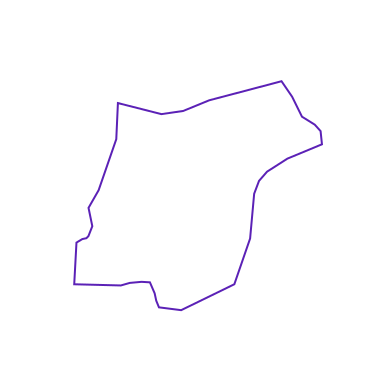 map outline of Mislinja (Natural Earth projection), rotated 341°
{"feature_id": "SVN-971", "entity_name": "Mislinja", "entity_type": "Municipality", "adm_level": 1, "iso_a3": "SVN", "parent_name": "Slovenia", "parent_adm1": "", "projection": "natural_earth1", "projection_center": [15.22, 46.45], "detail": "fine", "context": "isolated", "style": "outline", "palette": "violet", "viewbox_px": 384, "rotation_deg": 341, "n_neighbors": 0, "source": "natural_earth", "source_scale": "10m", "svg_char_len": 565}
<svg xmlns="http://www.w3.org/2000/svg" viewBox="0 0 384 384"><g transform="rotate(341 192 192)"><path d="M312.7,116.4L317.7,134.6L320.5,156.6L330.0,168.3L333.4,176.3L330.4,189.2L293.1,191.5L269.6,197.2L259.0,203.3L250.2,213.9L231.8,254.9L202.0,293.0L143.3,300.2L123.2,290.3L122.8,283.1L123.7,275.6L122.8,263.7L115.0,260.5L103.6,257.7L94.3,257.2L50.6,240.9L66.3,202.2L73.0,200.8L77.1,201.3L79.7,200.0L86.6,191.9L89.0,173.3L104.3,159.9L137.6,117.4L150.9,83.8L188.4,108.4L210.0,112.5L238.1,110.9L312.7,116.4Z" fill="none" stroke="#5b21b6" stroke-width="2"/></g></svg>